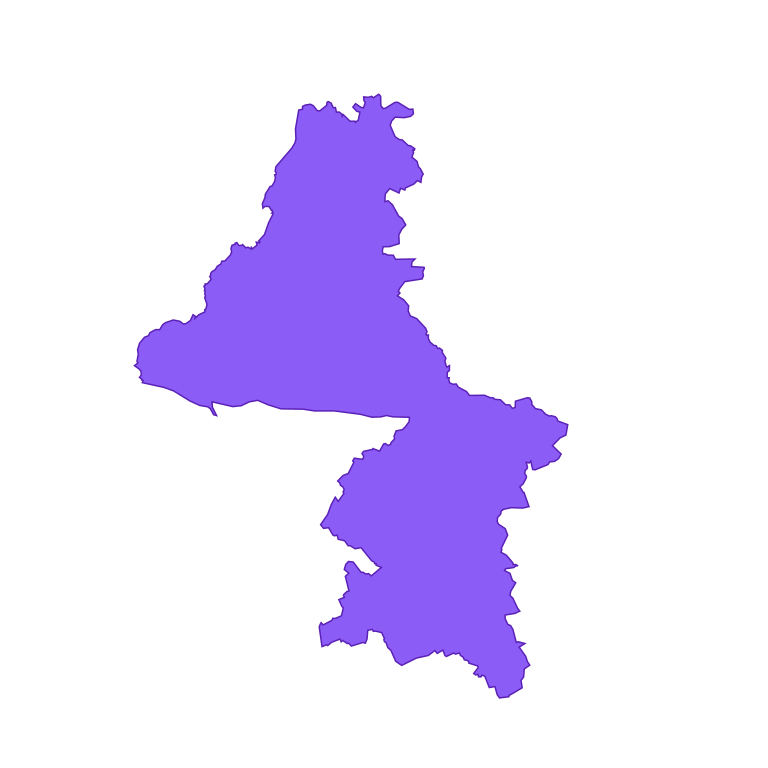 the district of Dundalk South Lea-7, Louth, Ireland, rotated 202°
{"feature_id": "5873133B29176849558462", "entity_name": "Dundalk South Lea-7", "entity_type": "district", "adm_level": 2, "iso_a3": "IRL", "parent_name": "Ireland", "parent_adm1": "Louth", "projection": "albers", "projection_center": [-6.463, 53.981], "detail": "fine", "context": "isolated", "style": "filled", "palette": "violet", "viewbox_px": 768, "rotation_deg": 202, "n_neighbors": 0, "source": "geoboundaries", "source_scale": "gbopen_adm2", "svg_char_len": 6171}
<svg xmlns="http://www.w3.org/2000/svg" viewBox="0 0 768 768"><g transform="rotate(202 384 384)"><path d="M343.1,117.3L339.4,120.8L338.2,120.4L335.9,124.8L329.3,131.0L327.1,128.9L326.1,130.7L320.8,129.6L319.7,130.4L316.1,128.8L306.8,136.4L304.2,136.7L304.2,141.2L306.8,149.5L302.9,152.1L301.2,150.7L299.0,151.8L293.0,152.6L288.3,148.2L288.4,147.0L287.0,145.2L285.0,144.8L281.7,141.0L277.8,139.6L269.3,131.3L262.2,129.7L251.2,142.1L241.2,148.9L237.0,155.9L233.8,154.1L229.7,159.3L225.7,155.0L224.0,154.8L218.7,160.6L216.6,160.3L213.2,162.9L211.5,161.0L208.1,160.3L206.2,158.3L203.4,158.9L201.5,158.3L200.7,157.0L191.6,157.7L190.4,156.4L192.4,149.2L190.0,148.6L188.1,149.9L186.6,147.9L184.4,148.8L184.1,150.8L181.0,150.8L172.7,142.0L167.8,145.0L162.7,138.4L159.3,136.2L151.1,140.8L151.2,142.2L142.1,154.1L145.9,160.5L144.8,164.6L147.2,172.4L143.5,177.9L147.1,180.4L150.6,184.6L160.1,190.6L156.1,196.2L163.0,195.3L164.5,193.9L172.6,204.8L176.1,207.4L179.2,207.5L183.9,211.9L185.1,215.2L176.7,220.3L173.0,224.3L176.0,226.0L184.3,233.7L188.1,235.2L188.8,239.4L187.4,249.0L191.4,250.0L196.3,255.7L202.4,256.2L202.0,258.3L195.0,262.4L193.4,264.9L191.6,265.7L194.4,265.9L196.5,264.9L197.5,266.4L206.4,271.1L212.5,271.8L212.7,274.6L213.7,275.7L212.7,290.2L217.4,295.3L225.3,296.9L227.5,298.9L228.7,302.7L227.1,307.0L227.7,310.2L226.1,312.7L219.5,317.1L209.0,320.9L203.6,324.6L213.6,335.9L214.7,335.9L219.5,339.6L217.6,343.5L216.9,350.2L217.4,351.9L219.9,353.6L220.8,356.9L219.7,358.6L219.8,360.6L222.8,364.7L219.8,365.2L219.0,367.5L214.2,360.5L211.9,360.9L201.8,370.7L201.2,373.9L196.9,376.1L194.2,380.1L193.5,385.4L204.7,389.9L200.5,400.1L196.2,404.8L198.4,415.1L208.9,414.8L210.8,416.9L213.0,417.8L217.3,417.2L218.3,416.3L222.8,416.5L228.4,419.0L234.4,417.9L239.4,420.5L240.3,422.9L243.6,425.6L245.9,425.0L255.7,417.3L253.6,411.3L255.9,409.5L259.6,411.7L263.4,410.3L270.1,413.0L275.5,411.3L277.5,412.1L280.6,411.1L286.6,411.2L300.5,405.4L304.6,407.9L313.8,408.9L317.1,411.1L319.8,409.6L323.6,409.7L325.6,412.3L325.9,414.2L327.6,413.5L328.3,414.7L329.7,418.7L328.4,420.9L330.2,425.6L332.0,423.3L333.3,424.2L336.1,428.1L336.3,431.1L341.8,435.1L342.4,437.1L346.0,438.1L347.5,437.0L349.9,439.0L352.3,438.5L357.2,440.2L360.1,443.0L361.2,446.1L362.6,445.2L363.7,445.9L363.7,448.6L366.3,451.3L378.2,456.9L385.2,457.0L389.0,460.9L390.4,465.7L397.1,469.4L404.6,470.8L403.3,474.4L405.4,475.3L405.3,478.3L403.1,486.7L388.0,495.7L388.0,499.2L390.1,502.4L389.9,506.4L390.6,507.2L402.5,503.2L403.8,507.5L402.1,511.5L420.1,503.9L423.6,506.9L429.0,504.9L431.9,505.2L433.5,504.1L435.4,506.7L436.2,510.9L430.2,513.5L422.5,519.9L426.1,527.8L425.5,534.1L423.4,539.6L429.2,544.2L433.3,545.2L443.4,553.4L448.9,555.4L451.5,553.4L454.0,560.6L451.9,567.3L441.6,566.7L442.0,571.6L437.3,571.7L437.6,573.8L431.2,580.6L429.2,585.1L425.3,584.8L426.7,590.1L426.3,593.3L431.0,597.3L433.2,598.1L436.8,602.8L443.1,604.8L443.3,609.6L445.0,611.9L443.4,612.2L443.6,613.7L448.7,614.8L450.9,614.2L458.4,617.1L461.5,616.4L466.4,617.5L475.1,626.1L475.5,630.6L473.6,635.6L465.0,638.5L459.5,642.2L458.0,645.5L460.2,649.7L463.4,648.1L476.3,650.3L477.9,650.0L479.6,648.9L486.1,640.1L488.0,639.1L491.2,640.9L494.9,649.5L497.4,650.7L501.1,645.4L503.2,646.1L505.8,644.0L510.4,642.6L508.8,639.3L506.8,637.9L506.5,632.3L509.3,631.9L515.4,633.3L516.6,629.1L511.4,626.6L508.2,627.1L506.7,619.0L508.5,615.9L509.4,616.8L513.9,614.9L522.7,618.5L523.1,616.7L524.1,618.4L527.5,619.4L529.9,618.2L532.6,622.1L534.6,621.2L538.2,624.6L541.4,625.0L542.3,624.0L541.6,620.7L545.9,613.1L548.2,612.4L553.9,615.6L557.1,615.8L561.4,613.2L563.5,610.9L562.5,608.2L565.7,606.1L561.6,587.3L557.4,578.1L556.9,574.2L557.9,567.9L565.6,545.1L564.6,540.4L562.8,539.1L562.6,537.6L563.7,537.0L562.0,534.6L561.3,530.9L561.9,525.9L563.6,524.4L565.1,515.5L564.2,512.1L564.3,505.5L562.1,501.7L560.9,504.1L557.1,505.5L553.2,502.7L552.8,503.1L551.6,502.0L551.9,500.8L550.9,501.6L552.0,500.2L551.2,500.7L550.6,500.0L551.4,490.4L550.8,477.7L553.8,469.7L552.3,469.4L552.3,468.2L555.6,467.7L553.8,465.2L556.9,459.6L558.6,461.7L558.0,460.2L558.6,459.5L561.3,459.9L563.2,458.5L567.3,460.3L567.6,459.4L570.5,458.0L573.3,460.0L574.8,458.8L574.3,457.9L576.9,455.7L576.6,452.2L574.8,449.5L574.7,446.2L577.6,438.5L580.4,437.1L580.2,434.1L582.7,430.8L583.3,426.8L585.6,423.7L586.1,421.7L585.3,419.2L585.9,418.5L583.5,416.3L585.3,410.9L587.4,409.6L586.7,408.5L587.6,407.2L585.6,405.2L585.5,403.2L584.4,402.8L584.0,400.5L582.4,398.7L582.7,397.0L578.1,391.7L577.2,387.4L578.1,385.5L576.9,383.9L581.6,378.9L583.8,374.2L584.1,376.1L587.0,376.7L587.3,370.3L590.4,365.6L592.4,364.5L596.9,365.7L603.4,364.4L609.8,358.8L611.4,356.0L612.4,350.3L616.1,348.9L620.2,344.0L620.5,340.5L623.6,337.6L625.9,330.3L625.3,323.4L623.1,319.7L621.5,312.4L620.1,311.4L622.2,307.5L616.4,306.1L613.9,304.6L612.4,301.2L613.2,298.5L610.5,297.9L610.4,297.0L608.7,297.0L608.6,294.7L586.9,298.4L576.6,298.8L557.7,295.6L546.8,295.1L538.9,296.8L535.7,296.0L530.5,291.7L527.4,292.0L534.4,298.2L536.7,303.1L515.7,306.4L508.2,310.4L502.1,317.1L494.9,321.6L483.8,321.3L470.1,322.4L449.8,330.3L438.4,333.0L420.4,340.3L394.4,347.1L382.7,348.7L374.5,352.4L369.9,355.7L363.4,356.9L347.9,362.7L346.6,358.3L348.3,351.9L350.0,348.4L355.2,345.1L355.1,339.2L353.6,337.1L355.5,332.3L355.2,330.4L357.2,328.6L360.5,329.3L361.9,328.2L362.9,320.1L370.1,320.0L370.1,319.1L377.7,313.9L378.3,311.2L375.7,309.5L375.5,306.2L383.7,304.1L384.2,301.0L382.6,300.1L383.6,287.7L387.7,283.8L390.6,276.7L387.8,275.6L386.5,273.8L383.5,273.1L381.4,271.2L381.5,268.5L380.2,267.4L382.5,258.0L386.8,260.8L387.7,252.4L387.4,241.8L390.1,229.8L385.9,227.5L381.6,230.0L374.7,224.8L373.0,224.7L370.9,226.3L368.3,222.9L361.8,223.9L356.6,220.6L354.8,221.4L349.1,220.4L344.0,223.7L329.3,215.5L326.2,215.2L325.4,213.9L323.9,214.4L323.4,213.0L317.7,213.0L323.9,201.3L327.3,202.4L329.7,201.0L332.9,201.6L334.7,200.8L345.8,207.4L350.4,206.2L351.9,202.4L351.3,197.1L345.8,195.4L347.8,191.2L338.9,178.9L340.6,177.8L342.4,173.8L342.5,172.9L340.8,171.4L345.1,167.2L339.8,162.0L337.9,161.2L336.6,153.2L341.2,148.5L343.7,147.6L343.8,145.3L350.2,137.8L352.9,139.2L353.1,137.7L353.1,134.6L343.1,117.3Z" fill="#8b5cf6" stroke="#5b21b6" stroke-width="1.5"/></g></svg>